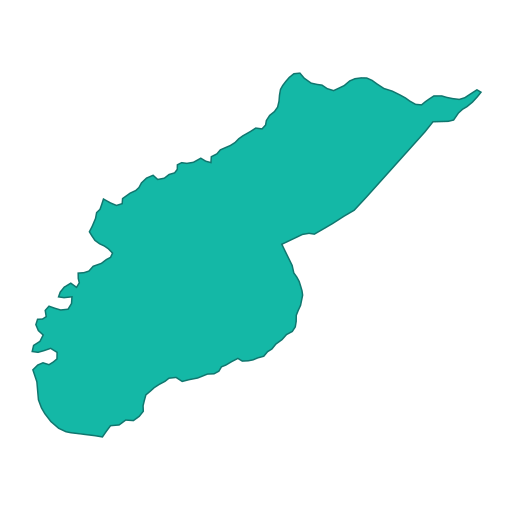 outline of Centralina, Minas Gerais, Brazil, rotated 271°
{"feature_id": "56859067B37414824409198", "entity_name": "Centralina", "entity_type": "district", "adm_level": 2, "iso_a3": "BRA", "parent_name": "Brazil", "parent_adm1": "Minas Gerais", "projection": "robinson", "projection_center": [-49.157, -18.655], "detail": "fine", "context": "isolated", "style": "filled", "palette": "teal", "viewbox_px": 512, "rotation_deg": 271, "n_neighbors": 0, "source": "geoboundaries", "source_scale": "gbopen_adm2", "svg_char_len": 2657}
<svg xmlns="http://www.w3.org/2000/svg" viewBox="0 0 512 512"><g transform="rotate(271 256 256)"><path d="M138.3,34.9L126.4,39.1L108.4,41.0L100.5,44.1L94.7,47.6L86.8,53.9L80.3,61.7L77.0,69.0L76.1,73.8L73.5,98.4L72.4,105.6L78.1,109.4L83.8,113.5L84.7,122.1L89.7,128.6L89.3,136.3L93.7,142.1L98.8,146.0L104.3,145.7L109.3,146.8L115.2,148.3L119.3,153.0L122.6,156.5L125.9,161.4L129.1,167.2L132.3,171.1L133.2,178.2L129.3,184.4L131.2,191.3L133.0,199.8L135.1,204.8L137.1,209.5L137.5,216.1L140.2,220.9L144.6,223.4L146.4,227.7L150.1,233.7L153.3,239.7L150.7,244.1L151.1,250.1L152.1,254.8L154.2,259.6L155.9,265.5L160.5,269.2L163.3,273.5L168.3,277.4L172.8,283.4L178.0,287.9L181.2,293.6L185.8,296.5L191.3,297.3L197.4,297.3L202.2,299.1L207.4,301.4L213.3,302.5L217.7,303.3L222.0,302.6L226.5,301.2L231.3,299.6L235.7,297.1L239.7,294.1L247.2,292.3L263.0,284.2L268.2,281.6L278.4,302.1L279.6,308.6L278.9,314.0L289.8,332.0L297.3,343.2L303.5,353.4L316.9,365.4L325.8,373.1L382.9,422.6L393.3,430.6L394.0,445.8L395.4,451.2L402.5,455.9L406.3,459.9L409.0,464.3L413.6,469.7L418.9,474.4L423.7,478.1L426.0,474.0L421.6,467.4L417.9,462.0L416.1,456.5L416.8,449.9L417.9,443.9L419.3,438.9L419.1,431.0L415.9,426.3L413.2,422.6L410.0,418.9L410.4,412.9L413.6,407.0L416.6,402.7L419.5,397.2L423.2,389.4L425.7,381.0L430.1,374.0L433.6,369.0L435.9,363.6L435.9,358.0L435.0,351.9L432.7,346.7L427.9,341.2L424.8,335.0L422.7,330.7L424.6,324.2L428.0,319.0L428.6,314.1L429.8,308.1L434.6,301.1L439.6,296.7L438.9,290.7L435.2,286.2L431.0,282.7L426.9,279.7L423.0,277.6L417.3,276.7L411.1,276.3L405.2,275.0L400.7,271.9L396.8,267.2L391.6,264.0L387.1,263.3L383.2,259.8L383.9,253.5L380.2,248.0L376.1,241.0L373.0,236.8L369.1,233.1L366.0,228.4L363.8,223.5L361.5,218.5L357.4,215.1L354.5,209.6L348.6,209.3L349.9,204.1L352.8,199.1L348.6,191.8L347.4,185.3L348.0,180.0L345.8,175.8L341.3,175.8L337.7,173.2L336.0,167.7L332.2,163.0L330.8,156.4L334.9,151.7L332.0,145.2L327.1,140.2L322.4,137.8L319.4,134.7L316.6,129.0L311.1,121.6L306.0,121.3L304.1,115.6L306.6,109.4L310.3,102.5L305.0,100.9L299.9,99.2L296.6,95.9L290.7,94.9L283.0,91.8L277.3,89.0L272.9,91.8L268.8,94.7L265.5,99.4L263.4,104.1L260.7,108.2L256.4,112.5L252.1,110.6L249.8,106.4L245.9,101.5L242.9,93.4L238.0,89.2L236.3,84.2L235.8,78.5L230.4,78.7L226.1,79.8L221.5,77.1L225.6,71.3L221.5,64.8L216.5,60.9L211.7,59.3L211.0,64.8L212.0,72.7L205.3,72.4L199.5,69.0L198.6,61.6L200.2,55.9L202.2,49.9L197.9,46.2L191.7,47.3L189.2,43.6L188.9,38.7L183.5,37.1L177.6,39.7L173.3,44.6L166.9,41.5L162.7,35.2L156.6,33.9L155.9,39.7L157.6,45.4L160.1,52.3L156.2,58.8L149.6,58.8L146.4,55.1L143.7,50.9L145.5,44.9L143.2,39.7L138.3,34.9Z" fill="#14b8a6" stroke="#0f766e" stroke-width="1.5"/></g></svg>